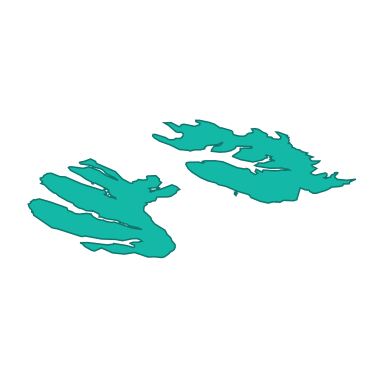 outline of Ísafjarðarbær, Vestfirðir, Iceland, rotated 8°
{"feature_id": "244011B55108803715122", "entity_name": "Ísafjarðarbær", "entity_type": "district", "adm_level": 2, "iso_a3": "ISL", "parent_name": "Iceland", "parent_adm1": "Vestfirðir", "projection": "equal_earth", "projection_center": [-22.968, 66.078], "detail": "fine", "context": "isolated", "style": "filled", "palette": "teal", "viewbox_px": 384, "rotation_deg": 8, "n_neighbors": 0, "source": "geoboundaries", "source_scale": "gbopen_adm2", "svg_char_len": 6086}
<svg xmlns="http://www.w3.org/2000/svg" viewBox="0 0 384 384"><g transform="rotate(8 192 192)"><path d="M87.0,173.4L81.2,176.6L76.8,178.1L76.5,178.7L77.9,179.7L86.5,179.7L90.0,180.2L90.1,180.9L98.1,181.6L101.5,183.1L104.4,185.8L113.2,188.6L117.2,190.9L104.6,187.7L97.2,183.9L86.3,181.4L81.1,183.7L70.1,183.8L67.1,184.2L66.2,185.1L69.1,187.6L79.0,190.9L85.6,194.2L90.8,195.9L92.0,197.7L92.6,197.7L92.0,197.1L92.5,197.2L92.6,196.6L95.1,196.7L106.6,200.5L109.2,201.9L108.8,202.4L109.4,203.1L109.0,203.4L110.4,204.4L110.1,206.1L111.6,206.0L112.7,206.8L112.3,207.4L113.4,207.2L117.8,208.5L116.2,208.2L117.4,208.7L116.6,208.6L117.1,209.2L112.6,208.3L111.8,208.8L110.8,208.5L108.0,207.1L107.9,206.6L106.4,207.1L105.5,206.3L106.4,206.0L107.9,206.6L107.2,204.4L108.9,203.5L106.8,204.4L105.1,202.5L105.1,201.5L106.0,201.3L105.6,201.1L104.6,201.4L104.9,202.1L104.5,202.5L102.9,202.9L81.8,199.4L64.4,194.7L59.1,195.2L49.9,193.0L46.0,193.9L42.9,196.5L42.5,198.1L39.9,199.4L39.9,200.5L42.8,203.1L41.2,204.6L45.2,205.5L50.2,209.4L55.1,212.0L57.6,212.4L60.7,214.5L69.8,218.1L75.9,219.7L77.2,221.4L82.1,223.5L86.1,224.0L89.8,225.2L96.8,224.8L95.4,224.5L96.0,224.4L102.9,226.7L103.7,228.6L103.5,229.7L105.5,229.3L110.8,230.4L121.8,230.5L124.8,231.5L125.0,232.4L125.4,231.9L129.3,232.9L131.6,232.8L134.9,234.3L143.3,234.9L147.7,236.1L137.8,236.1L123.1,233.3L123.9,233.2L125.0,232.7L124.7,232.6L123.0,233.3L119.7,232.6L116.1,233.3L111.6,233.2L107.7,232.1L106.8,232.5L102.9,232.3L98.0,230.5L95.6,228.7L95.4,227.9L90.5,227.9L83.4,229.6L78.9,229.6L75.4,228.1L71.9,227.7L70.2,225.1L52.8,221.6L41.8,220.1L37.3,221.8L36.4,221.6L33.6,224.2L34.1,224.7L33.0,226.1L31.5,226.8L33.4,230.2L35.9,232.2L36.0,233.8L37.1,233.8L36.7,234.6L38.1,235.6L38.5,237.0L58.3,246.9L63.9,247.2L88.1,251.4L89.8,251.4L92.0,250.4L108.9,251.1L123.0,249.6L129.9,249.9L139.4,246.6L144.1,245.8L147.0,246.4L149.4,247.7L145.6,249.2L140.7,249.9L137.9,251.3L140.0,252.3L142.5,252.7L142.7,254.0L142.0,255.1L133.5,254.1L121.5,253.9L121.3,254.6L115.4,256.2L95.9,256.6L88.2,257.8L90.6,258.5L93.3,260.8L101.0,263.8L103.7,264.0L110.2,260.0L121.6,263.3L133.6,262.9L143.4,259.9L157.5,262.5L164.4,261.3L171.1,261.1L173.7,260.1L178.1,255.9L178.2,255.1L182.1,251.9L183.0,249.3L182.5,246.4L179.1,243.5L177.2,240.2L173.3,237.5L170.7,233.7L159.4,228.8L155.7,225.3L154.7,223.0L146.8,217.5L146.6,215.6L146.6,212.9L149.3,210.4L147.8,209.2L152.7,207.6L153.5,206.6L156.9,205.7L158.1,201.9L168.8,200.2L171.8,199.1L176.5,194.9L176.8,193.0L179.4,191.1L176.0,188.9L171.1,187.7L160.3,193.8L152.9,195.9L153.5,196.3L152.1,196.3L153.6,196.4L151.1,197.9L150.3,197.5L150.7,196.2L152.0,196.2L148.9,194.4L157.1,192.3L157.7,193.0L156.5,193.5L156.7,194.4L158.5,193.1L159.1,193.5L158.8,193.0L159.3,192.5L157.2,191.6L160.5,186.9L158.0,185.5L157.8,183.6L153.9,180.9L145.6,182.4L144.9,183.4L146.0,185.2L145.5,186.1L142.6,187.0L137.1,187.1L135.7,188.7L132.0,190.2L132.0,191.4L130.1,192.0L121.1,188.7L113.3,182.5L93.4,177.0L92.1,175.1L87.0,173.4ZM352.5,156.5L343.7,158.8L334.3,159.3L331.5,157.6L331.3,156.1L333.5,153.5L333.6,152.6L332.6,152.5L330.5,153.1L330.8,154.1L328.0,155.6L327.0,157.3L327.2,158.0L324.2,158.9L322.8,160.0L320.8,159.5L322.6,158.5L323.3,157.0L323.0,155.2L321.3,154.6L311.5,158.3L308.3,157.7L306.7,156.5L312.3,151.3L307.6,149.8L306.7,148.5L310.3,147.1L313.5,144.8L314.2,143.5L306.5,144.6L304.8,143.7L303.6,142.2L306.8,140.5L299.6,139.2L301.0,137.4L295.1,136.7L293.3,135.5L289.1,135.2L287.5,134.2L285.0,134.0L285.0,132.7L284.0,131.7L282.0,130.2L281.0,130.4L281.4,129.9L280.8,129.9L281.2,129.7L280.8,129.4L280.9,126.9L279.7,125.2L280.3,124.5L278.1,123.9L278.6,122.8L268.9,120.7L266.9,121.0L272.4,125.2L272.1,127.0L270.7,127.7L265.4,128.1L263.9,127.8L264.0,127.2L262.6,126.6L259.3,127.0L258.6,126.5L258.7,124.9L257.3,123.7L254.2,123.1L249.2,120.7L245.1,120.5L242.2,121.3L244.3,123.8L243.8,124.9L240.4,125.8L238.6,126.9L237.5,128.6L235.4,129.6L231.3,130.1L225.6,129.6L224.4,128.6L223.7,126.6L222.4,125.8L212.6,124.4L211.0,124.7L204.7,121.7L199.5,120.7L189.4,120.0L185.7,120.5L186.0,121.7L190.4,122.9L190.2,124.2L185.7,126.6L174.5,126.0L172.0,127.0L171.0,128.7L169.9,129.1L161.6,126.2L154.9,127.4L159.7,129.4L167.7,134.6L170.5,134.9L172.8,134.3L174.7,135.1L175.4,136.0L175.3,137.8L173.3,140.5L168.3,141.2L167.0,142.6L163.6,143.3L161.3,143.2L158.3,141.8L147.9,140.1L145.5,140.4L145.2,142.0L147.3,143.7L152.9,146.1L164.2,148.5L173.8,151.7L182.7,151.2L184.3,151.7L188.7,149.9L194.7,149.0L198.6,147.4L198.3,145.8L199.4,145.3L200.2,144.0L211.1,141.4L214.7,138.8L215.4,139.1L213.2,142.0L207.6,143.7L205.6,147.4L205.5,148.9L213.6,148.7L219.5,147.6L224.6,145.7L228.4,143.0L229.4,140.9L231.2,140.1L244.6,138.8L244.1,139.6L245.0,140.1L244.0,140.6L236.8,141.4L234.9,142.2L233.8,141.9L233.7,143.0L234.3,143.7L233.4,145.4L227.5,150.4L227.3,151.2L235.8,153.2L248.3,153.8L257.4,150.4L259.6,148.4L261.7,147.7L261.3,146.0L260.1,145.3L260.4,145.1L266.2,145.9L266.0,146.6L264.5,147.2L265.6,147.8L264.8,148.8L269.8,149.4L265.1,150.4L259.4,153.4L253.4,154.1L253.4,154.8L250.5,156.9L252.3,157.5L265.8,157.6L278.3,155.7L280.6,156.4L283.7,156.0L285.5,156.7L280.1,157.8L277.6,157.6L275.0,158.8L269.3,159.7L259.6,160.3L259.0,160.9L259.3,161.7L258.9,162.5L252.4,160.5L251.7,163.0L254.3,164.3L252.2,165.9L247.8,164.2L245.6,161.8L243.4,161.2L242.3,161.1L241.5,161.9L233.6,161.7L218.3,157.8L210.3,157.9L200.6,159.3L198.2,160.2L199.8,161.0L198.8,161.9L194.1,161.5L184.8,163.0L182.4,163.8L182.1,165.5L185.0,169.4L189.4,172.4L198.4,176.5L206.0,178.7L214.7,179.7L217.0,181.0L224.9,181.7L236.9,185.0L247.5,186.5L249.4,187.2L251.3,189.3L260.8,191.7L266.5,192.2L269.4,192.3L272.4,190.9L275.6,190.1L277.1,190.3L277.2,189.8L279.9,190.1L279.5,190.3L284.0,187.5L293.8,186.5L296.8,185.1L298.6,172.9L303.8,174.1L307.6,173.9L308.4,175.0L312.2,176.4L315.4,175.9L324.4,171.7L328.7,168.7L328.9,167.9L337.0,166.1L340.3,164.8L340.8,163.0L346.5,162.0L346.7,160.2L352.5,156.5ZM235.5,185.9L234.2,186.3L234.8,187.2L234.2,188.0L236.0,189.4L236.5,188.1L235.7,187.7L237.0,187.1L236.3,187.1L236.9,186.8L235.5,185.9ZM115.0,208.0L113.1,207.9L115.2,208.3L115.0,208.0Z" fill="#14b8a6" stroke="#0f766e" stroke-width="1.5"/></g></svg>